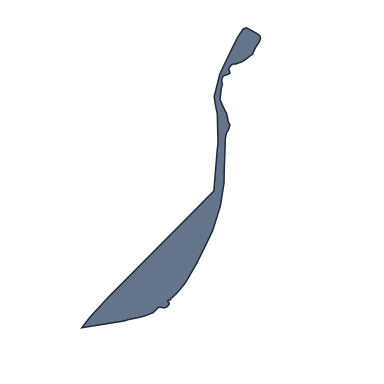 Nukualofa, Tuvalu (Albers equal-area conic projection), rotated 207°
{"feature_id": "33948139B78407922275584", "entity_name": "Nukualofa", "entity_type": "district", "adm_level": 2, "iso_a3": "TUV", "parent_name": "Tuvalu", "parent_adm1": "", "projection": "albers", "projection_center": [179.808, -9.373], "detail": "fine", "context": "isolated", "style": "filled", "palette": "slate", "viewbox_px": 384, "rotation_deg": 207, "n_neighbors": 0, "source": "geoboundaries", "source_scale": "gbopen_adm2", "svg_char_len": 1398}
<svg xmlns="http://www.w3.org/2000/svg" viewBox="0 0 384 384"><g transform="rotate(207 192 192)"><path d="M228.6,21.0L201.6,40.7L194.2,46.1L191.0,49.2L181.8,56.6L177.9,60.0L173.7,64.9L171.9,66.6L171.2,68.9L170.3,71.3L169.9,72.7L169.5,74.1L168.8,74.6L167.1,75.2L165.8,75.6L164.1,76.1L163.2,77.0L162.1,78.5L161.6,80.5L161.4,82.0L162.1,82.9L162.8,83.0L163.5,83.1L164.2,83.7L164.0,84.4L162.8,85.5L162.4,86.3L162.4,87.0L159.5,95.5L158.4,99.7L157.0,106.3L156.5,110.4L155.4,130.5L155.7,153.8L156.1,167.5L160.4,192.5L167.4,214.2L173.3,226.3L176.7,233.7L186.8,255.3L188.1,260.4L187.8,262.6L188.0,266.2L188.8,269.2L190.8,270.4L192.1,271.7L194.1,274.3L196.8,277.7L199.8,279.7L202.1,281.5L205.6,284.3L208.7,286.9L209.7,289.0L210.6,291.4L211.8,294.6L213.4,299.0L213.7,301.6L215.7,304.1L216.6,306.2L216.9,309.2L215.9,310.7L213.9,312.5L212.1,315.0L213.0,316.3L214.8,317.7L215.1,319.0L215.1,320.8L214.8,322.5L214.2,323.6L213.0,324.9L211.1,325.9L208.7,328.6L206.8,330.4L205.1,333.2L203.3,336.7L201.9,340.0L200.6,342.4L201.0,349.7L200.6,352.6L200.2,356.1L200.8,360.3L202.3,361.9L205.3,362.6L210.7,362.9L215.4,363.0L218.0,363.0L219.5,361.6L220.2,360.7L220.7,359.7L220.7,357.9L221.1,355.3L221.6,350.2L221.5,336.9L221.2,324.1L220.8,309.9L215.5,287.0L211.9,281.8L204.8,272.8L191.2,247.7L188.8,241.4L173.0,202.8L184.1,168.1L218.4,61.6L225.9,35.0L228.6,21.0Z" fill="#64748b" stroke="#1e293b" stroke-width="1.5"/></g></svg>